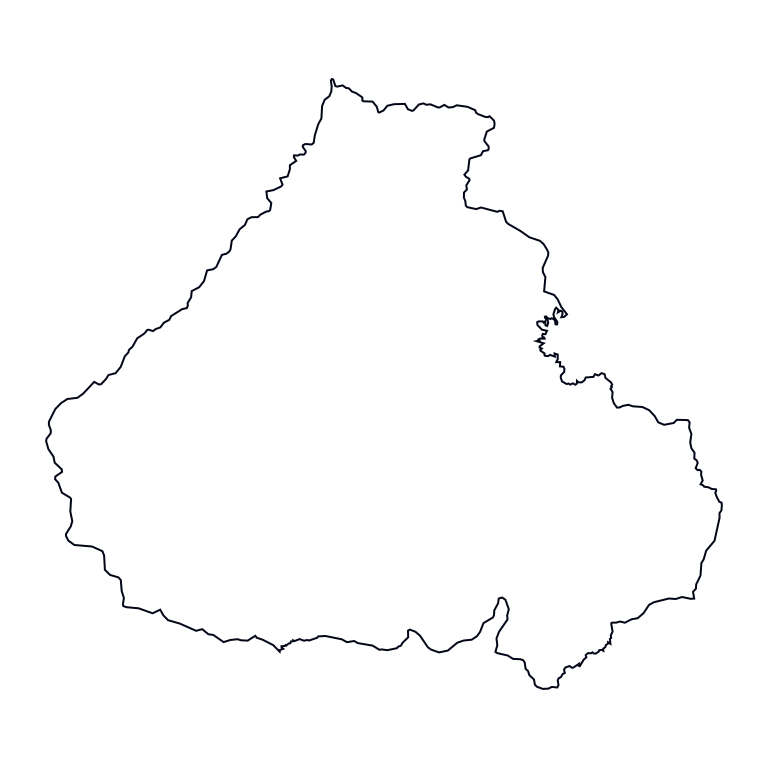 outline of Thung Chang, Nan, Thailand
{"feature_id": "78962969B15263035639364", "entity_name": "Thung Chang", "entity_type": "district", "adm_level": 2, "iso_a3": "THA", "parent_name": "Thailand", "parent_adm1": "Nan", "projection": "orthographic", "projection_center": [100.958, 19.488], "detail": "fine", "context": "isolated", "style": "outline", "palette": "ink", "viewbox_px": 768, "rotation_deg": 0, "n_neighbors": 0, "source": "geoboundaries", "source_scale": "gbopen_adm2", "svg_char_len": 6079}
<svg xmlns="http://www.w3.org/2000/svg" viewBox="0 0 768 768"><path d="M489.5,116.2L488.2,117.1L485.6,117.0L478.2,114.2L476.1,112.7L475.2,110.2L467.5,106.8L456.7,105.3L452.9,107.1L448.5,107.5L444.4,104.9L439.7,107.4L437.9,107.4L430.3,104.3L426.4,104.8L423.5,103.4L418.9,104.5L413.6,110.3L412.0,110.9L407.9,109.2L404.9,103.9L393.9,104.2L387.3,105.8L383.6,110.4L379.2,112.6L378.3,112.2L376.8,106.8L372.6,101.6L363.5,101.3L362.3,100.5L362.5,98.0L361.8,97.0L355.9,93.0L352.0,91.6L348.8,88.3L346.0,87.9L342.6,85.4L337.4,86.6L335.4,86.1L333.2,79.5L331.7,79.1L330.9,80.7L331.7,86.5L331.3,91.4L329.3,96.3L324.7,99.7L322.1,106.1L321.4,118.5L318.2,124.3L314.8,135.5L313.7,142.8L311.7,144.5L305.4,144.0L303.0,145.2L302.7,146.8L305.8,151.3L305.5,152.9L303.9,154.6L299.7,154.5L297.8,155.6L294.1,155.3L293.8,157.0L296.2,160.9L289.9,165.2L289.9,169.3L287.6,176.4L280.1,178.3L282.5,184.6L281.2,186.4L273.5,190.1L266.4,191.5L267.2,198.2L271.3,203.0L270.2,209.8L269.0,211.1L266.2,211.6L260.3,214.7L258.0,217.1L251.5,217.2L247.4,219.3L244.9,225.0L239.7,229.2L235.8,236.3L231.8,240.6L230.5,249.4L229.2,251.6L226.4,253.7L221.9,254.9L216.3,267.0L213.2,269.2L207.1,270.4L204.0,281.1L199.2,287.2L191.7,291.1L191.1,297.3L187.6,303.1L187.8,305.8L186.8,308.1L182.2,309.1L171.1,316.1L169.3,319.8L163.9,322.7L160.3,327.4L155.6,329.1L153.0,331.1L148.7,329.7L147.2,330.0L144.4,333.5L137.2,338.3L132.5,346.7L128.9,350.0L128.4,352.4L124.8,356.3L120.7,366.9L115.6,373.2L108.5,375.0L106.1,378.9L101.1,384.2L98.9,384.5L94.2,381.9L83.3,393.5L77.5,397.8L67.4,399.0L61.4,402.8L55.4,408.9L48.9,421.8L48.9,424.9L50.8,430.1L50.7,433.3L46.6,438.6L46.1,441.1L48.4,449.1L53.5,456.7L54.7,462.7L61.8,469.4L62.0,471.9L55.3,476.6L55.1,479.2L58.3,482.7L61.9,492.7L70.1,497.6L71.1,499.0L70.3,511.5L72.3,521.2L70.8,526.3L66.0,534.0L66.0,535.9L68.3,540.6L74.4,545.0L92.0,546.5L102.4,551.2L104.1,555.4L104.9,569.8L110.0,574.9L118.4,577.4L120.8,580.1L121.7,591.1L123.9,597.9L122.9,604.5L123.4,606.1L126.5,607.2L138.6,608.3L152.6,613.3L160.2,609.7L163.4,615.4L168.1,620.2L179.6,623.5L196.1,630.8L202.3,629.2L208.3,634.2L213.4,635.0L223.6,642.1L230.3,640.0L237.5,639.2L241.1,640.3L247.7,640.6L255.3,635.8L256.7,637.7L262.8,639.8L273.2,645.1L279.7,651.7L279.9,650.0L283.2,648.8L281.6,647.5L281.5,646.2L284.7,646.0L285.5,645.1L286.2,645.6L288.5,643.6L290.4,643.2L290.9,641.5L293.0,641.2L293.1,640.3L294.3,641.1L299.7,639.1L304.0,640.7L307.3,640.0L309.1,640.5L317.1,637.8L318.2,636.4L325.4,636.0L341.8,639.3L347.0,642.2L354.2,641.0L357.8,643.1L372.6,645.6L379.5,649.8L381.8,649.4L387.3,650.2L396.8,648.2L398.5,646.5L400.8,645.8L402.6,642.7L408.2,637.3L408.0,630.7L409.9,629.6L415.5,631.8L420.0,635.7L427.9,647.3L431.1,649.6L439.0,652.4L447.8,650.6L457.3,642.7L463.8,640.5L471.7,639.7L477.0,636.2L480.1,631.8L483.5,623.1L492.9,617.5L494.0,615.2L494.3,610.3L498.1,603.3L498.7,598.6L502.0,597.5L505.4,599.7L508.8,609.2L507.2,615.4L507.5,619.5L499.0,631.8L496.5,638.5L497.3,645.3L495.4,651.9L497.2,653.1L507.7,655.5L513.1,658.9L520.2,659.2L523.2,660.2L524.7,662.5L525.6,668.8L528.0,671.0L529.4,675.2L534.0,679.5L534.9,684.8L537.1,686.8L542.8,688.9L548.4,688.6L551.8,686.9L557.3,687.5L558.5,685.1L557.7,680.2L558.9,678.0L560.8,677.3L562.7,674.0L564.8,673.0L564.0,669.7L565.4,667.5L569.5,666.0L571.7,667.7L573.3,667.6L578.8,663.9L578.4,665.5L579.8,666.2L583.8,659.5L586.3,657.4L585.7,655.1L588.0,653.1L590.9,653.3L592.5,652.3L593.4,653.4L595.7,653.6L598.6,651.7L599.2,650.2L601.8,649.9L603.4,650.8L603.2,648.7L605.4,647.1L605.7,645.2L607.7,643.9L608.0,642.2L610.4,643.8L609.9,638.9L611.2,637.9L610.8,635.3L612.6,631.6L611.2,623.7L611.7,622.7L616.3,622.6L620.0,621.5L624.9,622.7L631.5,619.3L637.7,618.2L643.6,613.1L649.0,604.9L654.0,602.2L669.0,598.5L675.7,599.0L682.1,597.0L690.6,598.8L694.2,598.6L693.0,591.8L695.9,588.7L696.2,584.4L700.5,575.5L701.4,563.1L703.7,559.3L706.2,550.6L714.5,540.8L719.6,517.6L719.5,513.1L721.4,510.5L721.9,505.3L721.5,502.6L719.3,501.8L716.5,496.4L715.3,492.7L716.3,490.4L715.9,489.3L711.8,489.0L708.5,487.3L704.2,486.7L703.4,485.5L700.6,484.3L702.7,480.5L701.1,475.0L701.3,471.5L699.7,469.9L697.6,470.1L695.7,468.3L697.7,462.8L696.8,460.5L694.3,458.6L694.5,452.7L691.4,448.3L690.2,442.5L691.4,434.0L689.1,427.8L689.6,422.4L687.9,420.1L676.8,419.8L673.7,423.0L664.1,424.8L658.2,422.3L654.8,416.2L649.2,410.2L642.4,407.0L632.8,406.3L628.4,404.8L622.9,405.9L619.4,407.5L616.9,407.5L613.8,403.1L612.1,397.8L612.6,392.1L610.5,388.8L611.9,387.2L611.1,386.3L612.2,384.6L611.0,382.4L605.4,377.8L604.6,374.2L601.6,373.1L598.5,375.5L595.0,374.2L593.4,376.9L585.7,377.5L584.5,380.3L581.6,382.4L578.3,382.3L577.0,380.9L576.8,383.6L575.3,384.7L572.8,383.3L570.2,384.6L568.7,383.6L566.5,384.0L562.0,381.4L560.7,377.4L560.9,375.4L564.2,371.9L564.4,368.7L563.4,366.7L559.9,366.4L560.2,362.1L556.3,362.1L557.7,359.2L557.7,354.6L554.6,353.5L554.9,356.6L550.0,354.9L548.1,356.1L545.2,355.9L544.5,355.4L544.6,353.5L540.4,350.6L540.3,349.7L541.8,348.6L539.6,347.5L539.6,346.4L543.7,343.3L536.5,341.1L539.4,340.4L538.6,339.3L539.9,338.6L544.6,338.7L544.3,337.6L542.4,336.8L542.2,335.5L542.8,333.9L545.4,334.2L547.0,330.8L542.0,329.7L537.5,325.1L537.1,322.3L538.5,321.4L542.8,321.4L543.7,322.7L545.3,321.2L545.4,325.2L547.1,326.0L548.2,323.1L547.7,320.4L545.0,317.9L544.9,316.7L546.0,316.4L547.7,318.2L550.4,319.0L551.9,318.2L554.9,320.1L555.5,324.3L557.1,324.3L557.4,322.1L554.1,317.1L553.4,314.3L555.0,309.2L556.2,307.7L558.6,310.1L557.9,312.4L560.8,310.7L562.3,311.7L562.6,314.1L561.3,317.2L564.2,316.9L567.0,314.3L561.3,307.0L557.7,299.4L554.2,295.0L544.1,291.4L545.4,277.1L542.9,272.1L542.7,267.9L548.1,255.6L548.3,252.6L547.2,249.9L543.7,244.2L539.9,240.8L529.4,237.3L520.3,230.9L508.3,224.0L506.1,221.8L502.7,211.3L499.7,210.8L497.2,211.8L481.0,207.5L476.2,209.1L467.1,207.1L465.8,205.5L465.3,201.0L463.9,197.6L464.0,192.5L466.9,189.5L466.3,185.4L469.6,180.1L469.1,178.6L465.9,176.8L464.4,174.6L468.1,170.4L469.4,159.4L470.4,158.4L480.9,155.2L483.0,151.2L487.9,150.2L488.7,149.0L488.6,146.4L484.4,141.1L484.3,139.4L486.8,131.6L494.0,127.8L494.6,123.8L494.0,120.6L489.5,116.2Z" fill="none" stroke="#020617" stroke-width="2"/></svg>